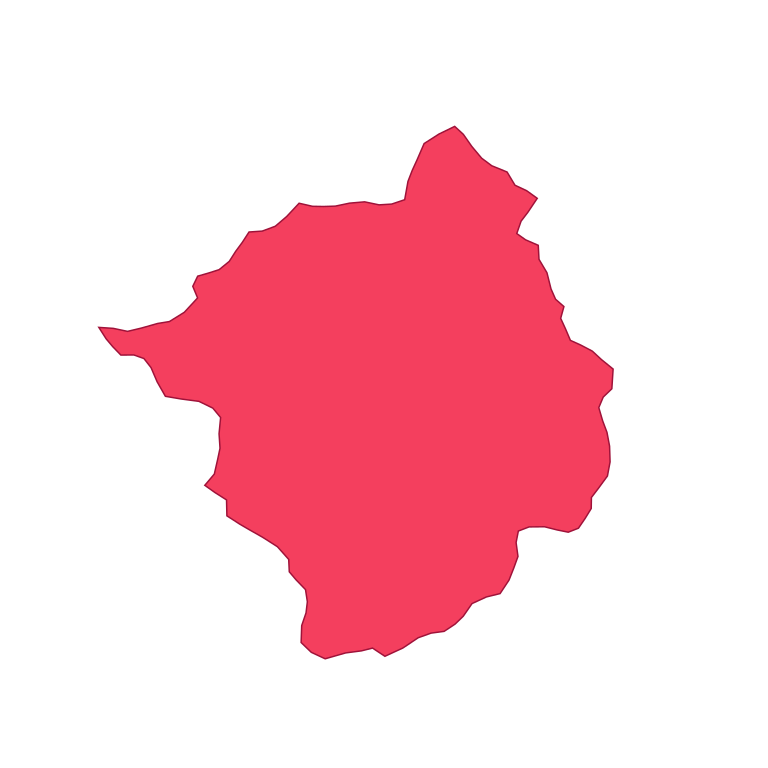 the district of Santa Efigênia de Minas, Minas Gerais, Brazil, rotated 226°
{"feature_id": "56859067B31006487845376", "entity_name": "Santa Efigênia de Minas", "entity_type": "district", "adm_level": 2, "iso_a3": "BRA", "parent_name": "Brazil", "parent_adm1": "Minas Gerais", "projection": "albers", "projection_center": [-42.4, -18.864], "detail": "fine", "context": "isolated", "style": "filled", "palette": "rose", "viewbox_px": 768, "rotation_deg": 226, "n_neighbors": 0, "source": "geoboundaries", "source_scale": "gbopen_adm2", "svg_char_len": 1719}
<svg xmlns="http://www.w3.org/2000/svg" viewBox="0 0 768 768"><g transform="rotate(226 384 384)"><path d="M520.2,613.8L525.6,597.3L529.1,579.9L522.4,563.8L518.0,552.6L513.1,542.0L502.2,526.9L508.1,514.5L516.3,504.9L528.5,496.6L538.0,484.9L545.8,472.5L553.7,463.8L561.5,456.0L573.0,448.5L572.1,430.3L573.0,415.4L578.6,402.6L587.1,392.5L584.3,380.4L582.5,369.6L579.7,357.9L580.8,344.8L586.0,334.3L591.0,324.9L587.1,314.3L575.4,309.7L574.3,290.2L578.0,273.0L584.8,263.2L592.8,248.3L600.0,236.1L612.1,227.9L622.8,218.2L609.5,215.5L599.3,214.8L587.6,214.8L578.7,224.2L569.1,229.0L557.6,227.8L543.1,222.3L527.0,218.2L514.2,227.6L500.1,238.8L485.6,244.1L473.4,243.2L462.8,230.8L451.7,221.4L445.6,212.4L437.1,199.4L435.6,184.7L423.3,187.0L410.0,190.2L398.3,179.4L383.3,182.9L372.0,186.1L358.1,190.2L341.0,194.3L324.0,193.6L314.7,185.4L304.1,184.7L290.6,184.7L280.6,177.6L273.5,168.9L267.4,157.0L255.6,144.8L241.5,145.3L227.2,150.8L217.2,169.6L207.7,182.4L202.0,192.3L187.5,195.5L181.0,214.1L177.7,232.4L172.1,244.8L164.3,255.4L161.9,268.4L161.9,279.7L164.9,294.8L159.7,309.7L152.6,321.9L156.1,337.7L161.5,349.6L166.9,360.6L178.2,368.9L184.9,378.5L180.4,389.1L169.8,400.3L158.7,407.2L149.4,413.6L145.2,423.7L147.6,435.4L150.5,446.6L158.3,454.4L160.0,465.7L162.6,480.8L170.9,492.5L182.6,503.1L194.3,510.8L205.6,515.7L217.8,522.1L222.3,532.6L222.3,544.6L235.6,559.2L250.5,557.4L262.9,556.7L275.3,552.6L285.9,548.4L297.4,552.8L308.5,556.7L314.7,567.2L325.8,566.3L336.4,570.2L350.8,578.5L366.0,582.1L376.6,591.3L389.4,586.0L400.0,584.0L405.9,595.7L407.6,606.9L411.1,623.2L423.9,620.9L436.0,616.3L451.0,619.8L466.2,613.1L478.6,611.1L494.0,612.2L508.5,614.5L520.2,613.8Z" fill="#f43f5e" stroke="#9f1239" stroke-width="1.5"/></g></svg>